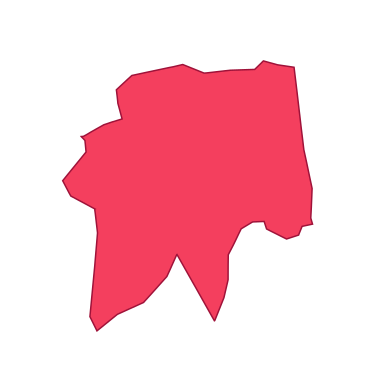 outline of Jihanah, Sana'a, Yemen, rotated 72°
{"feature_id": "15242507B2838826249504", "entity_name": "Jihanah", "entity_type": "district", "adm_level": 2, "iso_a3": "YEM", "parent_name": "Yemen", "parent_adm1": "Sana'a", "projection": "orthographic", "projection_center": [44.505, 15.192], "detail": "fine", "context": "isolated", "style": "filled", "palette": "rose", "viewbox_px": 384, "rotation_deg": 72, "n_neighbors": 0, "source": "geoboundaries", "source_scale": "gbopen_adm2", "svg_char_len": 1753}
<svg xmlns="http://www.w3.org/2000/svg" viewBox="0 0 384 384"><g transform="rotate(72 192 192)"><path d="M294.7,325.3L285.3,300.8L284.6,294.6L283.9,288.5L282.7,277.6L282.1,272.2L281.2,270.7L275.6,260.9L264.6,242.0L258.3,236.2L248.0,226.9L247.1,226.0L246.9,225.9L246.8,225.6L280.7,218.7L283.1,218.2L321.4,210.5L321.4,210.3L321.3,210.1L319.9,208.9L302.4,194.3L289.3,186.4L286.6,184.8L280.5,182.8L272.6,180.2L262.9,176.9L255.7,169.6L251.8,165.8L246.2,160.5L242.2,156.6L239.9,146.7L239.2,143.6L242.3,132.5L250.2,132.5L253.8,128.9L259.0,123.6L261.0,121.6L265.9,116.6L265.9,112.0L265.9,108.7L265.9,105.3L265.9,103.9L264.6,102.9L258.7,97.9L259.8,87.3L253.5,87.1L243.3,83.2L233.9,79.7L225.8,76.7L225.0,76.6L215.4,75.6L199.6,73.9L185.7,72.5L185.5,72.4L173.9,70.1L163.6,68.1L151.8,65.7L150.7,65.5L145.2,64.4L128.3,61.0L104.9,56.4L102.4,61.4L97.5,71.3L95.9,73.7L93.8,76.9L93.7,77.1L89.7,83.1L89.6,83.3L89.4,83.6L89.8,84.5L90.6,86.0L94.8,94.5L91.4,106.3L88.6,116.0L88.1,117.7L87.0,122.9L84.1,137.2L83.3,141.1L82.7,143.6L82.3,144.2L67.9,161.4L67.1,171.2L66.6,175.1L63.9,200.5L63.7,202.6L62.6,213.2L64.9,218.3L71.4,232.3L71.5,232.4L73.3,232.7L78.3,233.7L82.6,234.6L84.8,235.1L91.2,235.4L100.1,235.9L100.9,235.9L100.9,236.0L100.9,236.6L100.7,247.0L100.8,252.0L100.8,252.4L100.8,255.1L101.2,257.0L102.0,261.1L103.7,269.5L104.6,273.3L105.1,275.7L105.5,278.0L105.4,278.4L105.3,279.2L105.1,279.7L105.0,280.2L105.3,280.1L107.1,279.2L107.9,278.8L109.9,277.9L112.2,278.4L113.2,278.6L121.2,280.4L121.6,281.0L134.0,300.2L136.5,304.1L140.6,310.4L140.8,310.7L141.3,311.5L155.4,309.1L158.4,308.5L178.0,289.7L178.0,289.8L182.4,290.6L186.4,291.4L201.7,294.5L212.9,299.2L227.6,305.4L231.7,307.1L279.0,327.6L294.7,325.3Z" fill="#f43f5e" stroke="#9f1239" stroke-width="1.5"/></g></svg>